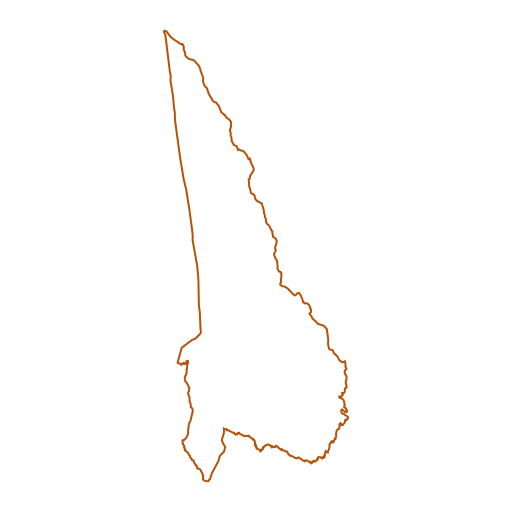 Banda, Brong Ahafo, Ghana
{"feature_id": "2480657B21856882152043", "entity_name": "Banda", "entity_type": "district", "adm_level": 2, "iso_a3": "GHA", "parent_name": "Ghana", "parent_adm1": "Brong Ahafo", "projection": "equal_earth", "projection_center": [-2.367, 8.353], "detail": "fine", "context": "isolated", "style": "outline", "palette": "amber", "viewbox_px": 512, "rotation_deg": 0, "n_neighbors": 0, "source": "geoboundaries", "source_scale": "gbopen_adm2", "svg_char_len": 6096}
<svg xmlns="http://www.w3.org/2000/svg" viewBox="0 0 512 512"><path d="M346.5,368.7L345.4,366.8L345.6,364.9L344.9,361.3L342.4,362.4L339.3,360.2L337.6,356.7L333.7,352.9L333.3,351.3L332.4,350.1L329.6,349.4L329.1,348.9L328.0,344.0L328.3,339.5L327.7,336.2L327.6,334.0L326.9,331.5L327.1,329.9L326.9,329.3L323.8,325.7L317.8,323.8L315.7,321.3L312.6,318.7L311.3,316.1L309.5,313.7L310.9,312.1L311.0,309.5L310.1,308.6L310.3,307.4L308.8,304.8L307.2,303.3L304.6,303.3L303.8,302.3L303.1,302.3L302.7,300.3L300.9,295.6L299.0,292.9L297.8,293.0L295.3,295.3L294.3,295.3L291.2,292.3L290.8,291.4L289.0,290.2L288.7,289.4L285.4,286.9L282.4,286.2L280.4,284.9L280.2,284.1L280.4,282.9L281.0,282.3L280.9,279.1L281.4,277.4L281.2,276.4L281.5,273.3L280.8,272.8L280.6,272.0L279.6,271.8L278.8,271.1L277.8,269.3L277.5,268.4L277.6,266.1L277.0,260.8L275.0,257.3L274.1,254.9L274.2,253.6L275.7,250.8L275.5,248.9L275.1,248.6L275.3,246.5L276.1,244.6L276.8,241.4L276.2,239.9L276.2,239.3L275.1,238.1L273.0,236.8L273.1,235.8L272.4,233.7L272.3,231.1L271.5,230.5L269.0,225.4L267.2,224.0L266.2,222.4L265.7,218.2L265.0,217.4L264.8,215.4L263.9,212.6L263.8,210.1L261.7,203.3L259.8,202.5L258.3,201.4L257.7,201.5L255.8,199.6L254.9,197.9L254.6,195.5L253.0,193.9L251.7,193.6L250.8,192.7L250.0,188.4L249.3,187.1L248.7,179.4L249.6,179.1L250.2,175.6L253.0,171.5L253.5,170.6L253.7,168.8L253.6,168.0L251.6,164.1L250.2,160.0L250.2,158.9L249.9,158.5L248.6,159.2L248.1,158.6L247.6,156.7L246.1,154.2L243.8,151.5L242.7,150.8L241.2,150.6L239.1,149.4L238.0,150.0L236.6,146.2L233.6,144.8L233.2,143.3L232.1,142.0L231.7,141.0L231.4,137.2L230.6,135.5L230.7,132.8L230.0,131.1L230.1,129.3L231.0,126.8L230.9,124.6L231.1,122.8L230.8,121.5L229.4,119.8L225.7,116.8L225.0,115.1L223.4,114.2L222.1,112.7L221.2,112.2L219.2,106.7L216.3,102.7L213.1,101.3L212.6,100.7L212.1,99.3L208.8,94.0L207.0,88.3L204.9,86.2L203.5,83.2L203.0,81.1L203.3,78.9L202.7,76.2L200.9,71.6L199.8,67.8L198.7,65.6L194.0,60.3L189.1,59.0L186.7,57.2L185.3,55.5L185.0,52.1L183.8,50.1L183.7,46.2L182.4,44.0L181.7,44.4L179.8,43.5L172.6,38.6L169.9,36.1L166.4,31.3L164.3,30.7L163.9,31.8L165.4,35.1L169.8,71.3L170.7,75.6L170.5,80.6L173.1,96.8L173.8,106.0L174.8,112.7L175.0,120.0L180.1,157.6L183.7,179.3L186.2,189.5L189.5,210.4L192.2,230.5L192.7,235.6L192.6,240.2L197.2,265.7L198.4,279.5L198.9,305.9L199.8,311.9L200.5,328.5L200.9,332.5L200.2,333.7L195.5,338.6L192.0,340.0L181.7,347.8L177.6,362.7L178.1,363.2L178.8,363.1L179.4,363.7L180.8,363.9L181.2,364.6L181.7,363.7L183.2,363.9L183.3,363.2L183.7,362.9L184.4,363.9L185.0,364.0L185.8,363.6L185.9,362.4L186.7,361.9L187.0,360.8L187.9,360.9L187.9,363.5L187.1,365.0L187.2,366.9L186.8,368.3L187.0,368.8L186.4,369.9L186.8,371.4L186.7,372.5L185.7,374.9L185.7,375.7L185.2,376.1L184.7,378.9L185.4,381.5L186.3,382.3L188.0,385.1L188.8,387.3L189.3,387.7L189.0,391.0L188.2,392.5L188.2,394.1L189.5,397.1L189.6,401.2L190.6,403.7L190.8,407.3L191.3,407.4L192.4,408.7L192.8,410.9L190.4,421.1L189.4,422.9L188.8,424.9L188.2,429.6L188.1,433.8L186.2,437.9L183.9,440.2L182.8,440.1L182.5,440.5L182.7,441.1L182.5,442.6L183.1,443.6L182.9,444.4L184.4,446.1L184.0,447.6L184.8,448.3L184.7,449.4L185.4,450.0L185.1,450.5L188.0,452.7L189.0,454.9L189.9,455.7L190.3,457.5L191.6,458.7L192.0,460.1L193.5,460.5L194.3,462.9L195.6,464.6L195.6,465.2L196.2,465.2L196.7,465.9L196.6,466.4L197.3,467.6L197.1,468.1L197.7,468.7L198.7,468.6L200.3,469.5L202.6,474.2L202.8,475.8L203.2,475.8L203.3,476.3L202.9,478.5L203.1,479.6L204.7,480.7L206.7,481.3L208.5,481.1L209.1,479.7L210.0,479.2L211.9,473.2L218.6,460.7L219.5,456.9L220.2,455.4L224.0,451.7L225.2,446.9L223.3,443.8L221.7,439.9L223.5,434.6L224.1,430.9L223.9,428.8L224.8,429.4L225.7,429.0L226.5,429.1L226.8,429.3L227.1,430.4L228.1,430.2L232.8,432.6L234.1,432.8L234.4,433.8L235.5,434.5L236.7,434.0L237.1,434.3L237.4,433.4L237.8,433.5L238.4,432.8L239.2,432.8L239.8,434.0L242.0,434.8L243.3,435.8L244.2,435.7L245.0,436.2L246.6,435.7L248.2,436.3L248.6,435.8L252.1,438.8L253.0,438.8L253.1,439.7L253.9,439.8L254.6,440.6L254.6,441.7L255.2,442.7L254.8,443.3L255.1,444.0L254.8,445.0L255.5,446.1L256.0,445.7L256.3,447.9L256.9,447.9L257.0,448.9L259.9,449.8L260.1,451.3L260.4,451.4L261.1,451.0L261.1,450.2L260.9,450.0L261.9,449.3L262.4,449.6L262.9,449.0L262.8,448.3L263.2,447.5L263.1,447.1L264.6,446.6L264.9,445.8L268.1,444.4L270.2,445.4L271.7,447.4L272.1,447.2L272.2,446.3L273.8,447.2L274.1,446.8L275.2,447.1L276.0,445.7L277.8,446.9L279.6,448.8L280.6,449.4L281.0,449.2L281.3,449.8L281.9,449.4L282.3,450.2L283.0,450.1L284.0,450.9L285.0,450.9L286.8,451.9L287.2,451.7L288.6,454.6L289.9,455.1L290.0,455.6L293.2,456.6L294.8,457.8L296.7,458.4L298.3,457.4L298.8,457.5L300.4,458.8L301.2,458.9L303.2,460.8L304.2,460.6L304.6,461.3L305.1,461.3L305.8,460.4L306.5,460.4L308.5,461.2L309.6,462.3L310.1,462.1L311.3,463.4L311.9,463.0L312.2,461.7L312.9,461.9L313.4,460.8L313.9,460.7L314.4,461.5L314.9,461.6L315.3,461.1L315.7,461.3L316.9,459.8L317.8,459.6L317.9,458.6L317.3,458.7L317.9,457.4L318.3,457.1L320.2,457.2L322.1,458.4L322.5,457.3L323.9,457.8L324.1,457.5L323.9,456.8L324.5,456.9L324.5,456.1L324.9,455.3L324.5,455.2L324.7,453.8L325.7,451.4L326.1,452.2L327.9,452.5L327.8,451.3L329.0,449.4L329.6,446.0L329.4,444.6L330.5,443.1L330.6,442.4L331.2,441.8L331.6,442.3L332.2,441.7L332.4,441.9L332.4,441.3L333.4,441.6L333.6,441.3L334.0,441.4L334.6,438.9L335.4,439.0L335.3,437.9L336.1,437.1L336.2,436.3L336.0,434.1L336.6,431.0L337.6,429.4L339.2,428.8L339.6,424.1L340.5,423.2L341.2,423.9L341.1,425.1L342.8,425.0L344.9,422.3L345.1,420.1L346.6,420.1L346.7,419.2L347.6,418.9L348.1,418.0L347.8,416.8L347.5,416.5L344.8,414.9L344.3,414.2L342.1,413.5L341.5,412.6L341.2,410.6L341.7,409.5L342.1,409.4L345.2,412.1L346.8,411.9L347.2,410.8L346.2,409.6L346.1,408.5L344.1,407.0L344.8,405.1L344.4,404.7L344.4,402.7L343.6,400.1L341.5,398.3L339.7,397.9L339.3,397.0L339.4,396.4L340.9,396.6L342.6,395.4L342.7,394.3L342.0,393.7L341.9,393.2L342.2,392.8L343.7,393.1L344.1,392.7L344.8,391.7L344.9,388.6L346.7,387.3L345.7,382.6L345.9,380.7L346.5,379.8L346.6,377.3L346.1,375.4L344.8,373.7L344.7,372.9L345.0,372.2L344.6,371.1L344.8,370.4L346.4,369.3L346.5,368.7Z" fill="none" stroke="#b45309" stroke-width="2"/></svg>